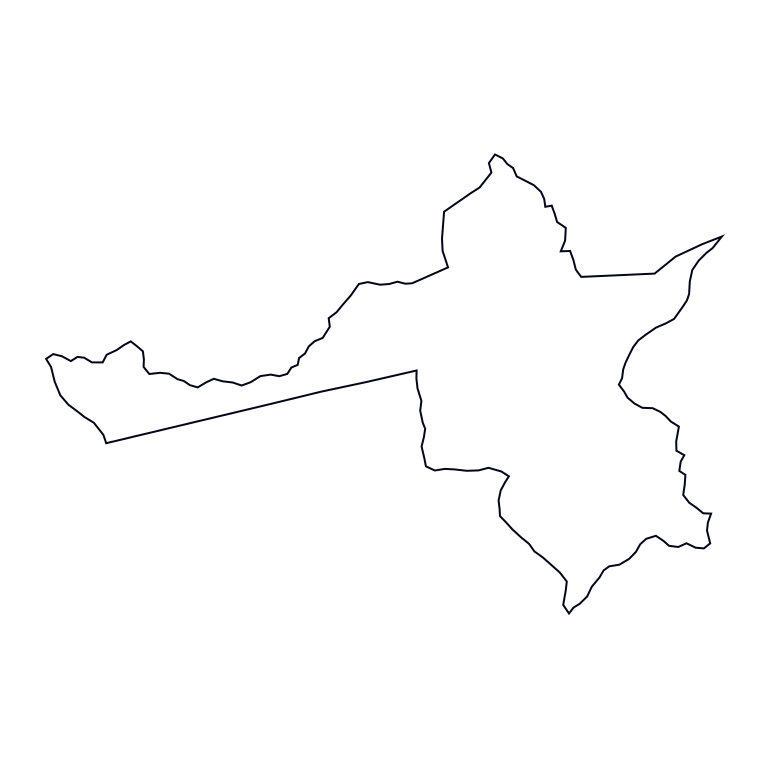 the district of Goianira, Goiás, Brazil
{"feature_id": "56859067B49274736539809", "entity_name": "Goianira", "entity_type": "district", "adm_level": 2, "iso_a3": "BRA", "parent_name": "Brazil", "parent_adm1": "Goiás", "projection": "orthographic", "projection_center": [-49.441, -16.501], "detail": "fine", "context": "isolated", "style": "outline", "palette": "ink", "viewbox_px": 768, "rotation_deg": 0, "n_neighbors": 0, "source": "geoboundaries", "source_scale": "gbopen_adm2", "svg_char_len": 2501}
<svg xmlns="http://www.w3.org/2000/svg" viewBox="0 0 768 768"><path d="M495.0,154.5L488.9,163.1L491.4,172.6L479.6,187.5L470.7,193.2L444.1,211.7L442.0,238.7L442.6,251.0L445.8,260.6L448.0,267.4L412.1,283.3L405.3,283.7L397.5,281.7L389.2,284.0L380.0,284.7L367.8,282.1L358.9,284.0L355.0,289.5L350.7,295.6L343.0,304.4L336.6,312.2L328.7,318.2L329.8,326.7L322.7,337.9L314.5,341.3L308.8,346.4L305.0,353.5L299.1,358.0L297.7,364.9L291.4,367.5L287.3,373.9L279.3,376.2L270.7,374.6L260.4,376.1L250.7,382.2L241.6,385.5L232.7,382.5L222.6,381.3L213.8,378.8L205.9,382.5L197.7,387.4L189.8,385.1L183.9,381.0L177.5,379.2L169.1,373.7L160.0,372.8L149.3,374.0L143.6,366.9L143.9,359.5L142.9,351.3L136.8,346.1L130.7,341.4L124.0,345.0L116.8,350.0L106.6,354.8L102.7,362.4L92.0,362.4L84.1,357.7L77.4,356.9L70.9,361.1L61.8,356.2L53.2,354.1L46.1,358.9L51.1,367.1L54.6,381.4L60.3,395.3L68.5,404.8L76.2,410.5L84.6,417.1L93.9,422.8L103.4,434.9L106.2,443.2L142.6,434.5L269.2,404.3L304.6,395.7L320.5,391.8L366.1,382.1L416.6,370.5L416.4,378.4L417.5,388.3L421.4,400.9L420.2,410.6L422.7,422.5L425.2,428.8L423.9,437.1L421.6,446.6L424.4,458.5L425.9,466.3L434.8,470.5L444.8,468.9L454.4,469.4L466.9,470.8L478.6,470.4L488.5,467.8L501.4,471.5L508.9,476.3L505.0,482.4L500.7,490.5L498.6,500.5L499.6,509.0L500.0,516.1L505.7,522.0L512.8,529.8L520.9,537.2L529.1,543.9L534.4,551.4L543.0,557.6L550.7,564.4L559.8,572.5L566.8,581.5L565.7,590.8L563.2,604.9L569.0,613.5L573.6,607.5L579.7,603.8L587.2,596.4L591.8,586.7L599.6,577.3L603.6,570.4L609.3,566.3L619.3,564.7L629.2,558.8L635.9,551.9L640.2,544.3L646.2,538.8L655.9,535.8L663.6,541.0L669.0,545.8L678.2,547.0L686.5,543.3L695.7,547.7L703.9,548.4L710.2,543.4L707.0,530.6L707.9,522.5L711.1,513.6L703.2,513.3L696.8,508.0L689.3,502.8L683.2,495.0L684.7,484.9L685.4,474.9L679.3,470.9L680.7,461.6L684.3,455.2L676.4,450.7L676.2,441.5L678.9,426.6L670.8,421.5L665.5,415.9L660.2,411.8L652.7,408.2L642.3,407.8L634.6,403.6L627.5,397.6L624.2,391.7L618.9,384.7L622.1,378.1L623.2,369.4L625.6,362.5L629.6,354.2L633.2,347.1L638.2,340.5L645.6,334.8L656.0,327.6L665.8,323.4L674.1,318.9L683.0,306.4L686.9,300.4L689.1,294.1L689.8,281.5L692.3,270.0L698.7,260.6L706.5,252.8L712.6,248.1L721.9,236.5L702.6,244.0L675.6,256.6L654.6,273.6L581.2,276.9L575.8,269.6L573.4,260.0L570.1,251.0L560.8,251.3L565.1,240.6L565.8,227.9L557.1,222.0L554.6,213.6L551.7,205.6L545.3,206.8L544.2,198.9L541.0,191.9L533.9,185.2L523.8,180.0L516.7,176.4L513.1,168.1L507.4,164.1L502.8,158.4L495.0,154.5Z" fill="none" stroke="#020617" stroke-width="2"/></svg>